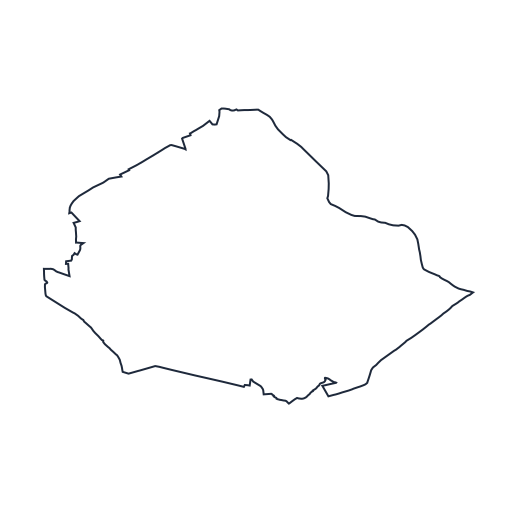 the district of Serbauti, Suceava, Romania, rotated 355°
{"feature_id": "2599482B9399918104506", "entity_name": "Serbauti", "entity_type": "district", "adm_level": 2, "iso_a3": "ROU", "parent_name": "Romania", "parent_adm1": "Suceava", "projection": "natural_earth1", "projection_center": [26.143, 47.819], "detail": "fine", "context": "isolated", "style": "outline", "palette": "slate", "viewbox_px": 512, "rotation_deg": 355, "n_neighbors": 0, "source": "geoboundaries", "source_scale": "gbopen_adm2", "svg_char_len": 5508}
<svg xmlns="http://www.w3.org/2000/svg" viewBox="0 0 512 512"><g transform="rotate(355 256 256)"><path d="M362.0,378.2L362.6,377.5L363.0,377.1L364.9,375.9L366.2,375.1L368.4,373.1L370.4,371.5L371.5,370.6L373.9,369.2L375.4,368.3L382.0,364.4L385.2,362.5L387.7,361.3L388.1,361.0L389.5,360.1L390.8,359.3L392.7,357.9L394.9,356.4L397.2,354.8L397.4,354.6L398.2,353.9L398.5,353.6L403.5,351.1L407.5,348.8L412.3,345.9L415.7,343.8L419.2,341.5L421.5,339.9L422.2,339.4L423.8,338.6L429.9,334.8L432.7,333.1L435.5,331.3L437.7,329.6L439.0,328.9L441.1,327.7L443.5,326.1L445.2,324.8L446.4,323.7L446.8,323.3L447.3,322.9L447.9,322.6L448.5,322.3L449.7,321.7L451.7,320.7L453.3,319.8L454.4,319.0L456.1,318.1L457.9,317.1L459.2,316.3L460.4,315.6L461.3,315.1L462.2,314.6L463.6,314.0L464.8,313.6L465.4,313.5L465.9,313.2L467.0,312.5L468.2,311.7L469.0,311.2L467.4,310.5L466.2,310.0L463.3,309.2L459.9,307.8L457.3,307.0L455.5,306.3L454.5,305.8L451.3,303.8L449.7,302.5L447.6,300.6L445.9,298.9L444.2,297.7L441.5,296.1L439.2,294.6L437.4,293.1L437.3,292.7L437.1,292.3L436.5,291.8L434.6,291.0L432.5,289.8L429.7,288.4L426.8,286.9L423.7,284.9L422.3,284.0L421.8,283.4L421.4,282.6L421.1,281.9L420.5,278.5L419.9,274.3L419.8,270.8L419.5,266.6L419.3,265.2L419.2,264.5L419.1,264.0L418.7,258.0L418.2,253.5L416.3,248.7L413.8,244.8L409.8,240.4L406.7,238.5L403.8,237.7L400.7,238.2L399.3,238.0L395.3,237.4L391.1,236.0L387.6,234.2L383.6,233.5L380.7,232.4L377.6,230.0L375.6,229.5L373.0,228.4L368.2,226.3L364.1,225.4L357.8,224.7L354.6,223.4L349.2,220.2L343.0,215.4L339.2,213.0L335.0,210.8L333.5,208.6L332.1,204.7L333.0,202.5L334.2,195.6L334.8,190.1L335.0,181.8L333.4,177.8L328.7,172.4L323.9,166.9L312.5,153.6L310.6,151.3L306.8,147.8L301.1,143.4L300.5,143.6L296.2,140.2L293.4,137.1L288.9,131.7L286.6,127.8L285.5,125.1L284.3,122.3L283.5,120.9L281.8,118.5L279.5,116.6L277.8,115.4L276.0,114.2L272.6,111.7L271.5,110.8L271.0,110.4L270.0,110.3L264.0,110.1L262.0,110.0L258.4,109.7L257.2,109.6L250.6,109.4L249.3,108.3L246.7,109.1L244.7,109.0L243.1,108.4L242.1,107.5L237.6,106.4L234.5,106.1L232.1,107.5L232.2,109.3L231.5,113.5L229.0,119.5L228.2,121.4L226.4,121.5L224.1,121.1L223.3,119.9L221.5,117.3L214.5,121.8L213.0,122.5L211.1,123.4L209.0,124.4L207.2,125.3L205.3,126.1L203.9,126.8L201.4,128.1L200.9,128.2L201.2,129.3L201.3,130.0L193.3,132.0L192.6,132.6L195.1,143.0L195.1,143.6L194.4,143.1L185.5,139.6L182.3,138.4L181.5,138.1L181.0,138.1L179.9,138.2L178.7,138.8L174.8,140.5L171.2,142.4L163.0,146.5L155.3,150.2L151.1,152.3L144.6,155.3L136.7,158.5L137.1,159.5L127.7,163.0L128.8,165.1L123.5,165.5L116.1,166.2L110.4,169.5L108.9,170.1L104.0,171.9L99.7,173.5L94.8,176.1L89.4,178.7L84.9,180.9L83.8,181.7L80.8,184.0L78.9,185.5L78.0,186.6L77.1,187.6L75.7,189.6L74.7,191.7L74.6,192.3L74.5,192.9L74.2,194.2L74.2,195.3L74.0,195.9L73.7,197.1L75.9,196.6L83.3,205.9L80.7,206.5L77.2,207.1L78.9,211.8L78.7,214.2L78.7,216.8L78.6,221.0L78.1,223.8L77.9,227.0L79.1,227.1L82.1,227.6L85.2,228.1L82.6,229.6L82.0,230.2L81.8,230.7L81.7,233.0L81.5,233.9L81.1,234.9L78.3,239.1L77.4,238.8L76.8,238.4L76.3,237.9L75.7,237.6L75.5,237.4L74.4,238.9L72.8,239.9L72.5,241.3L72.3,243.2L71.5,244.5L66.4,244.7L66.0,247.3L68.2,247.4L68.2,248.6L68.2,251.6L68.0,253.2L68.5,259.8L63.1,257.4L58.3,255.2L57.0,254.7L55.5,253.8L54.0,252.4L53.3,251.9L52.5,251.4L50.6,250.9L46.6,250.6L43.6,250.3L43.4,254.2L43.3,255.2L43.2,258.0L43.2,261.3L43.8,262.1L44.6,262.7L45.2,263.2L45.6,264.0L45.7,264.4L45.3,264.8L44.0,265.2L43.3,265.8L43.0,268.6L43.0,275.2L43.2,276.9L43.6,277.8L48.2,281.3L61.0,291.0L68.9,296.5L70.3,297.3L73.6,300.1L76.1,302.9L77.4,304.0L78.4,304.7L78.6,305.3L79.2,306.5L80.4,307.7L83.9,311.4L85.4,312.9L86.5,314.8L87.4,316.4L89.0,318.6L92.0,322.1L94.1,325.0L95.0,326.1L95.3,326.4L95.9,326.6L96.2,326.7L96.5,327.1L96.3,328.0L96.4,328.6L97.8,330.7L100.6,333.7L102.0,335.0L103.2,336.7L105.5,339.1L107.7,341.6L108.3,342.2L108.9,342.7L109.7,344.1L110.4,345.6L111.2,347.4L111.6,349.7L111.7,350.5L112.5,353.7L112.8,356.4L112.8,356.9L113.0,359.0L113.1,359.8L118.8,362.1L128.7,360.2L130.0,360.0L142.3,357.6L145.8,356.9L146.2,356.9L150.1,358.0L153.5,359.2L162.3,362.2L184.6,369.6L196.5,373.4L211.1,378.1L226.7,383.3L232.5,385.3L233.6,383.5L236.5,384.0L238.4,384.5L239.8,378.6L240.9,378.6L242.3,380.9L248.7,385.6L249.5,386.3L250.1,387.2L251.1,389.0L251.4,389.9L251.5,390.7L251.6,394.5L259.2,394.6L259.9,395.1L260.3,395.7L261.1,396.3L261.5,396.6L261.2,396.9L261.3,397.3L262.3,398.2L263.8,399.1L264.2,399.7L264.1,400.0L264.9,400.5L265.3,400.6L267.4,401.4L268.8,401.7L270.7,402.3L272.6,402.7L273.7,403.3L274.9,404.8L275.9,405.9L277.2,405.2L279.2,403.9L280.7,403.0L282.2,402.1L284.5,401.0L286.1,401.6L288.8,402.2L290.1,402.2L291.3,402.0L293.2,401.3L294.4,400.5L295.5,399.5L297.5,398.1L298.2,397.2L298.8,396.7L299.7,396.1L300.3,395.8L300.9,395.6L301.1,395.4L301.1,395.1L301.0,394.9L301.8,394.5L303.8,393.5L304.8,392.7L305.8,391.6L306.6,391.0L307.5,390.5L308.1,389.5L308.6,388.8L309.5,388.4L312.1,387.8L313.0,387.4L313.7,386.8L314.1,386.0L314.5,385.5L314.6,385.1L314.6,384.9L314.5,384.7L314.3,384.5L314.0,384.3L314.0,384.1L314.0,383.6L314.1,383.4L314.5,383.4L316.9,384.2L318.5,385.3L319.5,386.3L320.7,387.1L322.4,388.3L323.2,388.6L324.3,388.9L324.8,389.2L324.7,389.3L319.9,389.9L313.4,390.8L310.8,391.1L315.9,402.1L321.5,401.1L323.2,400.9L326.7,400.2L330.0,399.4L336.6,398.1L340.1,397.2L341.5,396.7L345.6,395.7L348.3,395.1L351.8,394.1L353.3,393.6L354.1,393.2L355.0,392.6L355.8,392.0L356.1,391.1L357.3,388.4L358.7,385.1L359.7,382.6L360.7,380.0L361.0,379.5L362.0,378.2Z" fill="none" stroke="#1e293b" stroke-width="2"/></g></svg>